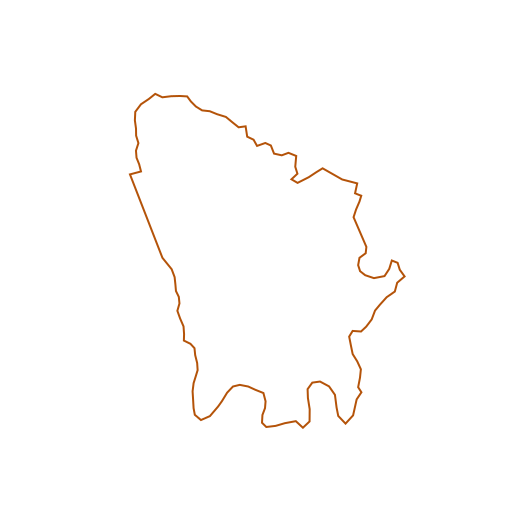 Tunápolis, Santa Catarina, Brazil (orthographic projection), rotated 244°
{"feature_id": "56859067B92561105565380", "entity_name": "Tunápolis", "entity_type": "district", "adm_level": 2, "iso_a3": "BRA", "parent_name": "Brazil", "parent_adm1": "Santa Catarina", "projection": "orthographic", "projection_center": [-53.66, -26.989], "detail": "fine", "context": "isolated", "style": "outline", "palette": "amber", "viewbox_px": 512, "rotation_deg": 244, "n_neighbors": 0, "source": "geoboundaries", "source_scale": "gbopen_adm2", "svg_char_len": 1793}
<svg xmlns="http://www.w3.org/2000/svg" viewBox="0 0 512 512"><g transform="rotate(244 256 256)"><path d="M384.6,178.5L295.4,171.1L281.1,174.4L272.7,173.6L265.8,171.1L259.6,168.7L253.1,168.7L246.9,166.4L241.2,161.3L233.1,160.4L224.5,160.0L217.3,157.1L211.6,154.1L205.8,158.6L200.1,160.3L193.6,157.9L185.6,156.2L179.0,153.5L174.7,149.5L169.1,144.2L162.2,139.7L154.0,136.3L146.6,133.2L140.1,131.4L132.7,134.6L132.3,144.4L137.3,155.9L140.5,161.8L145.8,170.1L148.8,178.1L147.3,184.9L142.1,191.8L136.1,196.7L129.6,202.6L121.2,200.9L115.3,197.4L110.3,192.1L103.5,188.3L97.8,190.3L94.7,199.2L93.1,208.6L90.1,219.4L81.1,222.9L83.8,231.6L94.8,237.1L105.6,240.4L113.7,244.0L117.5,251.1L115.1,258.5L106.8,264.5L96.6,266.1L90.7,264.1L84.5,262.0L76.2,259.8L66.1,263.0L70.2,273.4L75.2,277.4L83.0,283.6L87.3,291.0L93.3,290.3L101.0,296.1L108.2,300.6L116.9,300.8L125.5,299.9L133.7,302.0L142.7,304.4L146.3,310.0L142.1,317.3L144.2,324.1L148.3,332.2L154.8,339.1L157.9,346.0L161.7,355.4L163.2,365.2L170.1,371.2L172.5,380.6L180.6,379.2L187.8,380.3L192.4,376.1L186.0,370.1L181.6,362.7L184.4,352.3L190.9,345.7L196.7,342.9L203.0,343.8L209.0,348.2L210.4,355.8L215.8,359.2L248.1,360.7L253.9,366.3L259.6,372.9L264.0,377.0L268.9,372.5L276.9,378.8L287.0,367.0L305.6,354.3L304.9,347.1L303.7,338.0L303.5,325.4L309.4,321.5L311.8,329.3L319.0,330.4L328.3,336.0L334.5,330.4L335.2,323.3L340.1,317.1L348.8,317.8L353.5,313.9L354.5,305.2L361.6,304.8L367.1,300.4L377.1,303.5L379.3,296.8L386.5,293.4L394.2,289.9L400.5,283.2L406.4,277.9L410.5,271.4L416.7,267.5L423.5,265.2L429.6,264.1L433.2,257.7L436.8,249.8L439.7,241.4L445.9,236.5L444.1,228.5L442.8,219.1L438.5,210.7L431.0,206.6L423.1,204.0L416.7,201.0L409.0,199.8L403.3,194.3L396.7,191.7L389.7,191.2L382.4,189.7L384.6,178.5Z" fill="none" stroke="#b45309" stroke-width="2"/></g></svg>